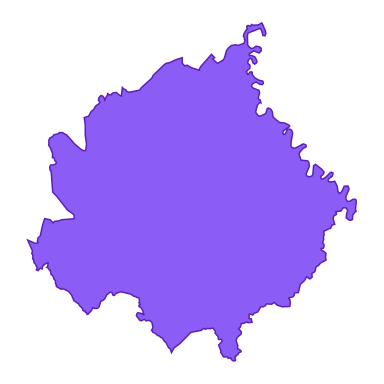 Tepalcatepec, Michoacán, Mexico (Natural Earth projection)
{"feature_id": "50627088B49343756541823", "entity_name": "Tepalcatepec", "entity_type": "district", "adm_level": 2, "iso_a3": "MEX", "parent_name": "Mexico", "parent_adm1": "Michoacán", "projection": "natural_earth1", "projection_center": [-102.812, 19.079], "detail": "fine", "context": "isolated", "style": "filled", "palette": "violet", "viewbox_px": 384, "rotation_deg": 0, "n_neighbors": 0, "source": "geoboundaries", "source_scale": "gbopen_adm2", "svg_char_len": 5895}
<svg xmlns="http://www.w3.org/2000/svg" viewBox="0 0 384 384"><path d="M49.9,137.9L48.9,139.9L48.8,145.4L50.3,147.7L52.6,153.5L52.4,157.6L54.1,157.7L54.8,160.7L56.1,161.6L56.2,163.3L55.5,164.0L53.4,165.0L50.6,165.0L49.7,167.0L50.0,169.9L50.8,170.6L51.3,173.2L52.7,192.1L57.5,197.2L67.5,210.1L73.0,213.9L74.1,215.4L74.3,218.3L73.4,218.8L61.8,219.7L59.1,220.8L54.6,221.4L53.0,222.9L50.2,219.8L44.7,218.6L42.9,224.1L40.2,236.0L38.0,237.8L37.4,241.4L38.2,242.3L37.8,243.0L35.1,243.3L27.7,240.1L32.5,251.0L31.7,253.6L32.5,254.1L33.0,256.9L32.6,257.9L32.8,259.1L33.7,260.1L34.0,262.6L35.5,264.2L37.3,268.1L36.3,269.9L38.0,270.7L40.1,268.3L42.1,268.9L42.6,266.1L43.8,265.4L44.0,264.5L47.7,262.8L48.1,262.0L47.7,266.6L46.8,267.4L47.7,267.6L49.4,270.0L50.2,270.1L51.1,274.5L52.7,275.5L54.2,279.5L55.4,280.7L55.6,283.9L56.5,285.2L56.3,286.5L61.2,289.3L63.3,288.8L68.5,291.4L71.6,295.2L73.9,300.7L78.8,304.0L79.3,305.4L82.5,308.4L82.7,310.3L83.8,311.0L84.9,310.7L85.2,312.2L86.8,313.2L87.1,314.4L88.7,313.8L89.2,312.6L90.7,311.6L92.9,307.7L94.9,308.5L97.6,308.3L99.2,306.6L100.8,301.3L103.6,300.0L105.3,298.0L106.5,295.0L110.1,292.2L112.0,292.6L113.0,295.2L113.6,295.5L114.5,295.3L115.2,294.1L117.2,292.9L120.6,291.8L122.3,292.1L130.8,294.2L134.1,296.4L135.4,296.4L136.4,297.3L139.1,298.0L139.5,301.9L138.9,302.6L140.2,304.4L138.9,305.3L139.0,306.6L140.7,307.4L143.0,311.0L143.1,313.0L144.0,314.5L143.1,314.7L141.2,313.4L137.9,312.7L137.0,313.5L136.4,315.7L139.7,320.3L141.4,320.8L144.2,319.3L146.2,320.9L147.9,320.4L150.1,320.7L151.9,322.5L153.0,327.5L151.5,330.5L152.2,330.5L152.9,332.3L154.7,332.9L157.7,335.6L158.9,335.7L160.8,337.5L162.3,338.0L164.5,341.4L165.9,342.5L168.6,347.7L170.2,348.9L171.5,352.6L174.1,347.9L180.0,343.5L191.0,332.3L201.1,330.4L203.7,328.4L205.2,329.3L207.5,328.4L210.0,328.7L212.4,328.1L213.3,328.4L215.3,331.3L215.1,333.2L218.0,336.4L218.5,339.4L221.6,339.5L222.0,341.5L218.6,345.0L220.9,350.9L220.6,352.7L221.6,353.3L222.6,355.6L223.8,357.0L227.2,356.8L228.0,358.2L230.9,358.0L231.4,359.6L233.3,361.0L235.3,360.6L235.6,360.0L234.7,357.2L235.7,356.8L236.1,355.4L237.9,354.7L238.6,353.0L241.1,351.7L241.0,350.8L237.4,348.2L237.8,345.8L236.0,340.3L237.3,337.3L241.0,334.2L241.4,331.9L238.6,328.6L240.2,327.3L241.5,323.5L244.0,323.3L246.4,322.0L248.1,322.7L252.0,322.3L251.3,318.9L249.1,318.5L249.2,314.1L250.4,314.0L252.7,315.1L254.1,313.3L257.8,311.9L260.8,306.7L263.4,306.8L265.4,305.6L266.5,303.9L271.7,304.2L274.3,302.4L277.0,305.1L282.3,306.8L289.7,306.5L290.3,304.0L289.9,299.6L288.7,298.7L288.9,297.9L293.2,296.7L294.1,295.4L294.6,293.0L298.4,292.5L300.3,284.3L304.5,280.6L306.6,276.7L309.4,278.8L310.5,278.7L312.2,276.9L311.8,273.4L314.5,271.9L315.2,270.8L315.9,267.0L318.5,265.5L320.4,263.1L326.0,260.1L325.5,257.2L326.0,253.4L323.7,251.2L321.6,250.4L321.1,249.4L321.4,248.5L323.1,248.5L324.0,246.6L324.0,244.6L322.7,242.9L323.7,239.1L323.4,236.7L324.1,235.2L323.8,230.8L325.5,230.6L329.0,228.6L330.5,228.5L332.1,225.0L334.7,224.3L333.1,218.7L333.9,215.8L336.5,214.4L335.9,211.6L340.7,211.1L343.3,207.7L346.2,208.0L347.7,210.5L346.7,213.3L346.1,217.8L348.7,219.9L350.7,220.3L352.5,219.5L352.7,215.2L354.9,212.0L356.0,211.6L355.5,208.9L356.3,201.3L355.9,199.8L355.1,199.2L352.6,199.4L350.4,201.0L348.3,201.5L347.1,200.9L345.9,199.0L345.9,196.6L349.1,189.1L348.0,186.0L344.2,186.2L341.8,191.6L339.6,193.4L338.0,191.7L337.2,186.1L334.7,181.2L331.1,181.9L329.5,181.9L328.4,181.1L328.1,180.0L329.0,178.6L332.3,176.2L333.1,173.2L332.1,172.4L330.9,172.3L329.9,172.9L326.2,176.8L323.3,178.9L321.3,178.8L320.7,176.6L323.6,173.9L324.0,171.9L321.5,169.0L315.6,164.4L313.6,165.7L312.9,174.1L312.1,175.8L309.6,176.8L307.1,176.2L306.2,175.0L306.3,173.5L309.4,166.1L308.8,162.3L307.8,160.9L301.0,160.1L299.0,154.1L299.7,152.4L302.8,148.7L306.2,146.8L306.2,145.8L305.6,144.7L303.3,143.9L295.1,148.2L293.2,148.0L291.4,146.9L290.9,145.9L291.2,141.3L292.5,134.5L292.6,132.5L291.7,130.4L290.2,129.2L287.5,129.1L285.3,133.9L284.5,134.6L282.8,133.5L283.1,131.1L289.3,126.7L289.7,126.2L289.0,125.1L284.6,123.0L279.6,122.5L275.3,119.1L273.0,116.8L272.3,111.6L270.9,109.3L268.6,108.0L267.3,108.5L265.7,113.6L260.2,116.2L258.4,115.9L255.9,112.6L255.8,111.2L257.5,104.9L259.2,103.1L260.2,102.5L260.9,102.9L260.4,100.2L258.6,99.0L258.2,98.1L259.6,93.0L259.0,90.3L253.3,88.2L251.7,86.6L251.6,85.2L252.8,83.6L256.1,82.0L259.9,84.4L262.4,84.6L263.3,83.3L263.2,81.9L262.7,81.1L258.7,80.1L254.9,77.9L252.2,74.7L252.2,72.5L251.6,71.8L250.1,71.9L248.2,74.5L247.6,74.4L246.4,71.5L249.9,68.2L250.0,65.2L248.1,63.7L247.8,62.6L248.0,61.0L249.3,58.9L250.6,58.4L251.7,59.1L253.0,62.9L254.6,64.1L256.0,63.4L257.0,61.9L256.6,60.1L254.8,56.9L251.6,55.5L249.6,55.7L249.2,54.8L249.5,53.7L253.7,50.9L259.1,53.0L261.3,50.8L260.9,48.9L261.3,48.3L259.6,46.9L256.8,46.3L255.5,46.5L253.1,48.3L251.1,48.4L249.5,47.2L247.7,45.1L247.4,35.8L248.0,33.0L259.9,28.4L261.3,29.6L263.0,35.6L265.0,35.8L265.9,33.5L265.3,30.7L262.2,23.4L261.6,23.0L258.4,24.9L253.1,25.2L251.5,24.5L250.8,26.3L248.2,25.5L246.9,26.0L246.8,27.6L247.5,28.9L246.2,30.0L244.1,33.4L243.4,36.3L244.4,37.6L244.4,39.5L245.2,40.0L243.9,43.3L238.6,45.3L235.5,44.8L231.3,45.5L228.2,48.2L226.5,50.6L224.5,57.8L223.3,59.9L217.5,63.4L212.6,59.0L214.6,57.7L211.5,54.3L200.8,66.5L199.1,69.5L199.3,70.2L192.0,67.9L187.0,65.2L184.7,65.9L182.3,63.2L182.3,57.7L175.8,59.7L170.2,62.4L166.1,63.4L164.2,64.7L153.2,75.3L151.6,78.4L141.6,87.4L139.5,90.2L128.9,92.3L126.4,91.1L125.9,89.9L123.6,88.8L122.3,87.5L121.4,96.0L119.5,95.2L116.3,92.4L112.9,93.0L111.9,93.7L111.6,94.7L108.6,94.6L107.5,93.0L107.7,94.9L106.6,96.1L104.8,100.1L103.9,97.5L102.7,96.1L100.8,95.6L98.9,97.7L98.4,100.1L99.9,102.3L98.6,104.0L95.7,105.9L93.5,109.7L91.2,111.4L88.6,116.2L84.2,117.6L85.2,124.3L85.3,135.5L86.5,144.1L85.7,150.5L83.4,150.7L80.7,149.1L74.7,144.0L66.7,135.0L62.6,132.7L59.3,132.5L58.3,133.9L54.0,134.7L52.5,136.7L49.9,137.9Z" fill="#8b5cf6" stroke="#5b21b6" stroke-width="1.5"/></svg>